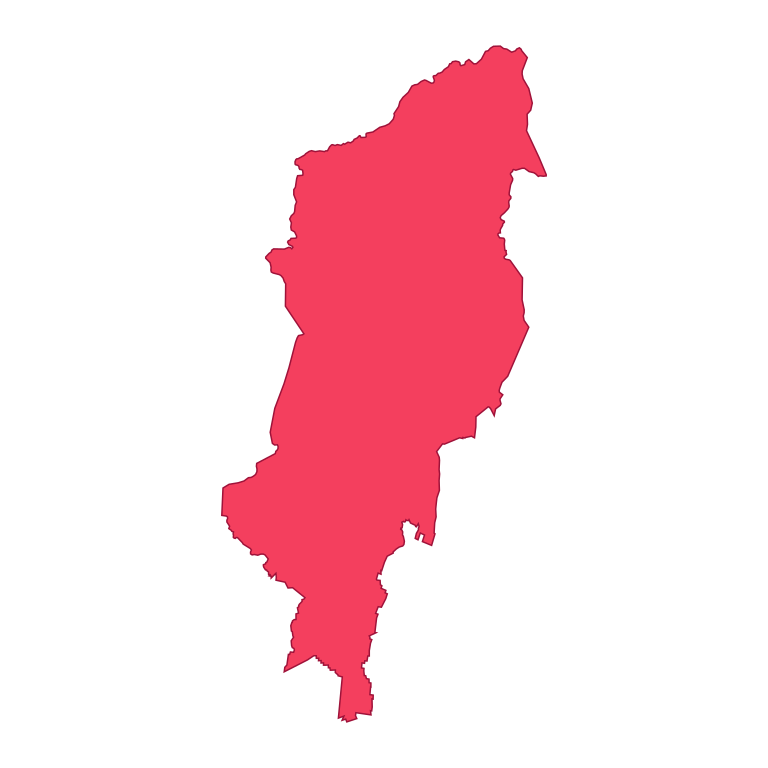 Zacapoaxtla, Puebla, Mexico (Albers equal-area conic projection)
{"feature_id": "50627088B50649641407498", "entity_name": "Zacapoaxtla", "entity_type": "district", "adm_level": 2, "iso_a3": "MEX", "parent_name": "Mexico", "parent_adm1": "Puebla", "projection": "albers", "projection_center": [-97.59, 19.841], "detail": "fine", "context": "isolated", "style": "filled", "palette": "rose", "viewbox_px": 768, "rotation_deg": 0, "n_neighbors": 0, "source": "geoboundaries", "source_scale": "gbopen_adm2", "svg_char_len": 6078}
<svg xmlns="http://www.w3.org/2000/svg" viewBox="0 0 768 768"><path d="M421.1,81.5L417.5,84.4L414.7,84.8L411.9,86.1L408.3,92.4L403.0,97.3L399.9,101.7L398.6,106.6L394.0,113.6L394.4,115.6L393.2,119.3L389.2,123.8L385.2,125.8L379.8,127.3L372.9,132.0L367.0,133.1L366.2,133.6L366.0,134.5L366.2,136.7L365.3,137.3L361.0,137.5L360.1,135.8L359.4,135.7L357.1,138.0L354.1,139.4L353.4,140.9L350.7,142.8L348.0,142.2L344.6,144.2L343.5,143.6L342.9,144.0L341.2,145.4L337.3,144.6L335.1,145.5L332.6,144.7L331.5,144.9L329.6,146.9L327.5,150.8L325.6,150.9L324.5,151.6L319.7,150.9L315.3,151.6L311.5,150.7L309.2,151.4L305.6,153.8L304.7,155.0L298.1,158.7L296.6,158.9L295.8,159.7L295.0,161.8L295.1,164.1L295.5,164.7L297.9,165.4L298.9,166.5L299.1,168.2L299.8,169.4L301.4,169.6L302.6,170.3L303.0,173.5L302.8,175.1L302.4,175.3L297.6,175.7L296.7,178.5L295.4,187.3L293.8,189.6L293.8,194.7L296.6,201.9L295.2,205.3L294.6,211.6L293.8,213.5L291.4,215.6L289.7,219.0L291.4,222.8L290.8,227.1L291.3,230.0L294.6,231.9L296.6,236.0L296.5,237.6L295.7,238.2L291.0,238.4L290.2,239.9L288.2,240.9L287.6,242.1L288.8,244.5L292.5,246.4L292.9,247.4L291.8,248.8L290.6,247.7L288.8,247.3L284.4,249.1L273.6,248.9L271.8,250.1L271.2,251.9L269.0,253.5L265.8,256.9L265.7,258.2L270.1,262.7L271.1,267.2L270.9,270.1L271.3,272.0L273.1,273.0L279.3,274.6L281.0,275.6L283.1,278.1L284.3,281.6L285.7,283.8L285.4,306.2L303.9,333.8L302.7,334.7L298.5,335.6L297.2,337.8L295.6,342.2L289.0,367.6L284.0,383.8L274.8,408.3L270.2,432.3L272.4,443.4L274.6,445.0L277.4,444.8L278.1,446.4L278.0,448.6L277.0,450.3L275.8,451.3L275.3,453.6L256.7,463.4L256.4,466.3L257.0,469.0L256.9,471.7L255.6,474.5L253.4,476.2L251.2,477.4L248.4,477.7L244.0,481.0L238.2,482.8L229.1,484.3L223.0,488.0L221.8,515.4L226.5,516.1L227.5,516.9L227.6,518.7L226.9,520.1L226.9,522.0L229.6,526.2L228.8,528.6L231.0,530.1L231.9,531.4L233.5,531.9L233.1,534.0L233.5,535.0L233.3,537.3L234.1,538.1L235.3,538.4L236.2,537.5L237.5,537.6L242.3,542.6L243.2,544.1L250.3,548.5L251.4,550.0L250.5,552.1L250.6,553.9L252.1,554.9L254.3,554.5L257.8,555.2L260.8,554.1L263.3,554.1L265.0,554.9L268.2,558.9L266.9,562.0L265.8,562.6L265.6,563.8L263.4,564.7L263.4,565.9L263.8,567.3L265.5,569.9L266.6,570.0L267.2,571.1L268.5,571.9L268.6,574.5L270.1,574.6L270.3,575.0L269.2,575.9L271.2,576.3L271.2,578.0L275.9,573.3L276.3,577.3L276.0,580.2L285.1,582.2L288.0,588.0L292.6,587.7L305.0,597.7L303.7,599.3L302.0,599.6L302.1,601.4L299.4,604.2L298.7,605.4L298.7,606.8L297.4,607.7L298.5,613.1L296.0,613.9L296.0,619.5L294.2,619.6L292.5,620.9L292.3,622.3L291.9,622.4L290.8,625.7L291.4,631.0L292.3,631.7L292.9,636.0L293.6,637.1L291.2,640.8L291.6,645.6L292.3,647.6L293.9,648.4L294.4,649.9L293.6,652.3L290.4,652.0L289.6,654.5L288.4,654.4L286.9,665.0L284.8,667.3L284.2,671.8L307.5,659.9L313.8,655.7L316.3,655.8L316.3,658.3L318.7,658.3L318.5,660.7L321.1,660.6L321.0,663.0L323.5,662.9L323.5,665.2L328.3,665.1L328.4,667.8L329.9,667.8L330.3,670.2L335.4,670.0L335.3,672.5L338.0,674.9L338.1,675.8L342.3,676.9L338.4,718.1L343.9,716.1L342.1,720.3L345.7,719.1L346.8,721.9L356.8,718.6L355.5,715.7L355.9,712.7L371.0,714.9L370.5,710.7L371.7,710.9L372.2,707.0L372.0,698.9L373.1,699.1L373.2,695.1L369.9,694.6L370.6,686.8L370.9,686.9L370.9,683.0L369.1,682.7L369.0,679.1L366.4,678.6L365.7,675.7L364.3,675.6L363.8,670.9L364.0,668.4L361.5,667.9L362.0,662.9L364.5,663.3L364.8,660.8L367.0,661.0L367.8,656.0L369.3,656.0L369.3,650.6L370.5,643.2L371.8,639.6L369.8,638.8L369.9,637.2L369.2,635.9L376.1,632.7L374.9,632.4L376.6,617.9L378.0,614.2L375.6,613.4L378.2,606.7L381.4,607.2L385.8,598.6L387.3,593.8L385.1,592.8L385.9,590.4L381.1,588.3L381.9,585.8L380.4,584.7L380.1,580.4L377.0,580.1L376.4,579.2L378.1,573.1L381.0,574.2L380.9,570.4L381.7,570.7L384.4,562.4L387.2,556.2L393.2,553.1L393.1,552.0L396.4,548.9L399.3,547.0L402.7,546.0L403.9,544.5L404.4,541.3L403.3,536.2L402.5,535.0L402.7,531.9L401.8,529.9L401.3,529.7L401.3,529.2L400.7,529.2L400.8,528.1L402.1,527.8L402.6,524.7L401.8,522.2L403.4,521.4L404.1,522.0L405.3,521.7L405.9,519.8L406.6,520.4L408.5,520.6L409.0,519.7L410.5,523.0L415.5,525.4L415.6,526.5L416.4,526.8L418.3,523.7L419.1,526.5L418.4,528.1L418.4,529.9L416.4,533.4L415.2,538.4L418.0,539.8L420.3,533.0L424.5,535.0L422.4,541.6L431.6,545.4L435.0,533.8L434.1,533.1L434.7,522.8L436.1,516.9L435.7,509.1L436.3,503.0L436.9,497.8L439.4,490.4L439.1,480.6L439.6,474.0L439.1,469.6L439.5,460.3L439.2,457.2L436.6,451.6L442.5,443.9L444.5,444.1L459.6,437.8L462.8,438.5L462.9,437.5L465.0,438.0L465.4,437.5L471.4,436.2L474.5,437.8L475.8,427.0L476.0,416.7L488.2,406.8L489.3,407.2L490.7,408.8L494.2,415.6L495.6,408.9L500.2,405.4L501.0,403.8L500.0,400.1L500.1,398.8L502.8,394.8L499.4,392.2L499.2,390.4L499.9,387.8L502.0,382.2L507.7,376.3L528.8,327.2L524.1,320.4L523.3,316.0L524.1,312.8L524.2,309.8L522.1,299.8L522.5,277.8L510.2,260.5L509.0,259.8L505.5,259.2L504.2,258.1L504.1,256.8L506.6,254.4L506.0,252.0L506.2,250.6L505.0,250.4L504.7,248.6L504.3,244.0L504.7,240.3L504.4,239.1L503.7,238.2L499.6,237.8L497.9,235.0L498.0,233.9L499.0,233.0L500.4,232.9L500.2,230.3L500.6,228.9L502.6,225.4L502.8,223.9L504.4,222.2L504.3,221.2L501.1,219.6L500.2,217.7L501.1,215.6L504.4,212.8L508.0,208.9L509.0,207.2L509.2,205.9L508.7,202.2L509.0,200.6L510.8,198.4L510.9,196.8L509.2,194.8L509.2,193.0L510.6,184.8L512.6,180.2L512.7,178.5L510.4,174.2L510.6,173.1L512.5,171.4L513.0,169.8L513.6,169.5L515.8,170.2L522.0,168.3L524.5,168.3L529.1,171.6L533.8,172.7L535.6,173.8L538.3,176.4L539.9,175.8L543.4,176.2L546.2,175.9L546.2,174.6L539.2,157.9L526.5,130.7L527.5,124.3L527.1,114.2L530.7,110.2L532.3,103.1L528.8,88.6L523.1,78.8L522.1,74.0L522.3,70.7L527.3,57.6L521.7,50.7L521.1,49.2L519.4,47.8L516.8,49.0L515.4,50.8L511.7,52.2L506.8,49.1L503.6,48.6L500.3,46.1L493.5,46.3L490.4,48.2L488.2,50.7L485.5,51.4L481.4,59.2L476.4,63.7L473.9,63.9L468.9,59.5L465.6,61.8L464.7,64.6L460.9,65.7L460.1,64.8L459.9,62.9L458.8,61.8L455.7,61.1L452.5,61.7L451.1,63.6L449.7,63.8L448.4,66.7L444.3,69.5L442.2,72.0L439.9,73.1L438.2,73.3L435.8,75.6L434.0,75.7L433.3,76.2L433.2,76.9L434.4,80.3L434.0,82.0L433.1,83.0L431.3,83.2L426.0,80.4L424.5,80.0L421.1,81.5Z" fill="#f43f5e" stroke="#9f1239" stroke-width="1.5"/></svg>